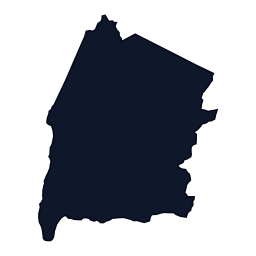 Piquet Carneiro, Ceará, Brazil (Mercator projection)
{"feature_id": "56859067B98539015493985", "entity_name": "Piquet Carneiro", "entity_type": "district", "adm_level": 2, "iso_a3": "BRA", "parent_name": "Brazil", "parent_adm1": "Ceará", "projection": "mercator", "projection_center": [-39.446, -5.857], "detail": "fine", "context": "isolated", "style": "filled", "palette": "ink", "viewbox_px": 256, "rotation_deg": 0, "n_neighbors": 0, "source": "geoboundaries", "source_scale": "gbopen_adm2", "svg_char_len": 2321}
<svg xmlns="http://www.w3.org/2000/svg" viewBox="0 0 256 256"><path d="M186.2,217.1L186.9,214.6L188.1,212.1L190.7,210.1L191.0,207.7L192.9,205.1L192.5,201.5L193.9,199.2L194.2,196.8L191.3,196.8L187.4,196.8L186.5,194.8L184.7,193.0L185.3,190.0L186.0,187.9L186.3,185.3L187.9,182.7L190.4,180.2L190.1,177.5L189.4,174.4L187.3,172.4L185.5,169.6L182.0,169.1L179.4,167.8L177.8,166.3L179.2,164.0L181.3,163.4L183.1,162.2L183.9,159.8L187.1,158.8L190.7,156.7L191.2,154.4L190.9,150.9L191.0,147.2L192.7,144.9L195.9,143.7L196.2,140.2L196.2,137.1L196.3,134.3L193.6,132.2L195.4,130.9L197.2,129.8L200.3,126.5L202.2,123.7L204.6,123.3L206.6,122.5L208.8,120.8L211.2,120.8L214.6,119.0L215.6,114.5L216.4,112.2L217.1,109.7L214.3,110.4L211.4,110.8L208.3,111.5L204.7,110.2L200.4,109.5L201.1,107.5L201.3,104.6L202.6,100.4L200.7,97.9L201.7,95.6L202.6,92.6L204.4,91.0L206.1,88.6L207.8,86.7L210.0,83.2L212.4,80.1L212.0,76.7L213.4,73.5L196.7,65.5L170.6,52.2L135.2,34.2L121.6,41.5L121.2,38.5L119.1,36.1L119.0,32.5L116.7,30.0L115.1,26.9L115.4,24.6L116.4,22.6L114.2,22.7L112.2,21.0L108.8,21.5L107.2,18.9L105.2,15.4L102.3,16.0L102.0,19.4L100.8,21.8L98.1,23.4L96.9,26.2L95.7,29.3L93.2,31.3L89.1,30.7L86.3,31.3L85.5,34.2L84.7,37.0L82.3,42.2L65.7,80.5L54.3,104.6L52.3,107.0L51.4,109.7L49.3,111.2L49.0,113.6L48.0,116.4L47.3,118.9L46.9,122.6L48.5,124.3L51.6,125.5L53.2,130.7L53.8,135.9L53.4,138.4L52.8,141.4L52.1,144.6L50.4,147.7L50.0,154.7L49.0,156.6L50.1,158.3L51.2,161.3L50.4,164.8L49.9,168.5L48.9,170.7L48.1,172.9L46.6,175.6L45.4,178.7L44.4,181.1L44.8,183.3L43.9,186.0L43.0,190.5L43.0,193.4L42.8,196.1L43.3,198.9L41.7,202.1L39.8,204.2L40.4,207.2L38.9,213.7L38.9,218.7L39.6,222.7L40.9,225.0L42.0,227.8L42.8,232.2L43.5,238.5L45.0,240.1L47.7,240.6L50.8,240.5L52.4,239.0L53.4,237.0L54.0,233.6L54.3,231.0L56.5,224.3L58.4,221.3L61.3,217.7L63.8,215.9L65.9,215.5L68.5,218.1L71.3,218.3L73.9,219.2L78.5,219.6L81.2,219.6L83.1,217.8L86.1,217.6L88.9,218.2L90.8,220.0L94.2,221.0L97.1,219.9L100.7,222.6L103.4,222.6L106.2,221.0L109.9,219.8L112.2,218.1L114.7,218.0L118.1,217.6L120.8,217.5L124.0,217.4L130.9,219.3L133.7,220.6L137.0,220.4L141.3,221.6L144.3,222.4L149.4,220.8L149.9,218.1L151.4,214.6L156.7,214.2L160.6,213.0L164.4,212.3L167.6,212.5L170.1,212.6L173.4,212.5L176.3,214.5L180.5,216.2L183.5,216.7L186.2,217.1Z" fill="#0f172a" stroke="#020617" stroke-width="1.5"/></svg>